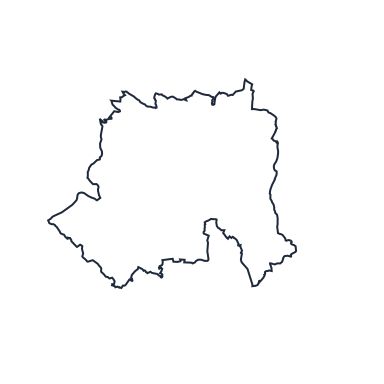 outline of Galgau, Salaj, Romania, rotated 126°
{"feature_id": "2599482B89090137886863", "entity_name": "Galgau", "entity_type": "district", "adm_level": 2, "iso_a3": "ROU", "parent_name": "Romania", "parent_adm1": "Salaj", "projection": "mercator", "projection_center": [23.697, 47.286], "detail": "fine", "context": "isolated", "style": "outline", "palette": "slate", "viewbox_px": 384, "rotation_deg": 126, "n_neighbors": 0, "source": "geoboundaries", "source_scale": "gbopen_adm2", "svg_char_len": 6060}
<svg xmlns="http://www.w3.org/2000/svg" viewBox="0 0 384 384"><g transform="rotate(126 192 192)"><path d="M302.6,273.5L301.8,270.3L302.8,268.0L302.9,266.6L302.1,266.1L301.9,265.5L302.2,265.2L302.3,265.6L302.8,265.8L303.0,265.4L301.5,264.6L300.9,263.6L301.9,261.3L302.7,260.7L304.1,252.9L303.8,252.6L300.5,251.6L300.3,251.3L300.2,249.0L302.8,247.5L305.7,243.9L308.6,242.9L309.0,241.7L309.2,238.3L309.8,235.8L309.5,235.2L305.6,232.3L305.5,231.6L305.5,226.0L306.2,224.0L306.7,221.3L307.4,220.3L309.4,219.1L310.0,218.4L310.3,215.2L311.2,211.9L310.3,210.2L310.5,208.3L310.3,207.7L308.3,206.3L308.7,204.4L309.7,202.1L312.5,200.9L312.9,201.1L313.4,202.4L314.5,201.9L313.7,199.4L313.6,198.8L314.1,198.0L312.3,196.6L312.2,194.8L311.7,194.8L311.2,192.7L308.3,192.9L307.6,191.7L306.4,191.1L299.5,191.2L299.2,188.2L298.7,188.1L297.4,189.7L297.5,190.5L297.3,190.8L294.4,191.9L289.4,191.5L286.3,190.5L284.3,191.3L283.6,186.8L284.1,184.9L283.6,184.8L283.3,184.3L283.3,183.2L283.9,182.2L283.6,181.4L283.9,180.4L281.0,178.8L281.0,176.8L278.8,172.1L279.0,169.4L278.5,168.0L279.3,167.2L279.2,166.5L278.7,166.2L277.9,166.2L276.2,167.5L276.0,169.0L276.4,170.1L274.1,170.2L271.6,171.0L271.4,173.2L271.7,173.4L273.0,173.1L273.3,173.3L272.7,174.2L271.0,174.6L268.8,173.3L267.9,173.4L266.0,174.4L264.5,175.9L257.4,168.4L259.3,166.0L257.1,162.7L255.1,160.9L254.5,160.7L253.9,161.1L253.5,161.9L251.2,158.1L253.5,156.9L249.3,150.6L249.5,149.7L249.2,149.3L247.1,148.2L245.5,148.2L243.5,147.4L242.1,145.9L241.3,144.5L240.3,141.3L238.6,139.0L237.7,138.8L236.6,139.2L230.9,144.8L224.3,148.8L223.4,149.5L222.2,151.2L217.5,152.8L218.7,158.0L218.4,158.5L217.5,159.1L215.9,159.0L213.8,160.6L212.7,161.0L211.2,162.4L210.2,162.3L209.8,163.2L209.1,163.9L207.6,163.4L205.1,161.8L202.6,160.8L201.5,158.8L200.1,156.9L199.8,156.1L200.0,155.7L202.4,154.5L204.9,151.9L205.7,149.6L205.4,148.5L205.7,145.8L203.9,143.4L206.9,142.6L207.7,139.5L208.2,138.7L208.3,136.9L208.6,136.9L208.7,135.4L205.8,135.5L206.0,133.1L204.3,132.7L204.2,132.1L204.5,131.0L204.3,130.3L204.5,127.9L205.3,126.1L205.9,125.4L206.5,123.9L207.4,123.3L207.9,123.5L208.1,123.1L207.9,122.4L206.5,121.5L207.8,120.8L210.1,117.0L212.5,116.7L212.6,116.0L212.4,115.5L218.0,112.7L219.7,110.5L221.6,101.9L231.8,88.2L232.7,87.8L230.7,85.6L228.8,84.3L227.3,84.4L226.9,84.7L225.8,84.3L225.1,85.2L224.4,85.4L224.2,85.2L224.3,84.4L223.9,84.2L219.7,83.9L217.2,84.1L216.6,84.9L215.9,84.6L215.1,84.8L214.0,85.9L212.8,85.8L211.2,84.1L210.2,83.6L209.1,81.1L206.6,83.2L204.2,86.8L203.7,86.9L201.9,82.4L199.7,81.1L197.9,78.6L195.5,78.1L192.4,79.0L192.2,79.3L190.2,79.6L189.3,79.3L187.3,77.1L186.2,74.0L185.7,74.0L184.7,75.1L183.6,75.0L179.7,73.1L178.6,73.1L175.0,76.3L175.0,78.1L175.7,80.6L175.6,81.2L175.1,82.0L173.8,81.9L173.4,82.7L173.3,83.7L174.2,85.7L176.0,87.1L176.1,87.8L174.7,89.4L173.6,93.2L173.7,94.9L174.4,96.5L174.7,98.3L169.9,102.8L168.2,103.5L163.0,107.2L160.7,109.5L160.3,110.1L160.0,112.3L159.2,113.0L157.9,115.2L156.4,116.2L154.3,118.5L153.1,121.4L152.4,122.2L151.4,124.6L147.9,127.1L147.7,128.1L144.3,129.9L139.2,131.4L133.2,132.3L133.0,132.7L128.8,133.6L127.0,134.5L125.6,135.7L125.8,137.5L125.1,139.1L123.2,140.9L121.4,141.6L117.5,141.9L114.4,142.8L110.1,145.1L108.1,146.5L106.1,148.7L103.9,150.4L101.9,151.2L101.5,151.7L101.1,152.9L102.2,152.9L101.8,154.2L102.4,156.3L101.8,157.6L101.9,158.9L94.2,159.9L94.1,160.2L92.7,160.3L92.1,160.8L90.6,160.7L89.5,162.1L89.6,162.5L89.1,162.9L89.1,163.2L88.3,163.6L88.2,164.3L86.5,165.0L86.0,165.7L83.1,166.7L82.2,168.1L81.9,170.7L82.1,174.8L82.7,176.9L81.7,178.8L83.1,182.3L85.4,184.5L88.2,190.2L89.7,192.2L83.4,196.3L80.4,197.8L77.1,200.7L74.2,201.3L74.3,202.2L74.1,202.3L74.7,204.1L71.4,205.9L69.5,206.6L70.1,212.7L69.8,213.5L69.7,215.1L72.1,214.2L78.2,210.8L80.4,211.5L85.0,215.6L89.6,216.1L90.2,217.3L93.0,219.4L92.3,221.5L92.6,222.5L93.3,224.7L94.2,226.1L95.5,226.6L95.4,227.2L95.6,227.3L95.3,228.4L101.1,228.9L105.1,227.1L107.8,225.5L108.7,225.8L108.7,226.6L109.4,226.8L109.4,227.1L108.4,228.2L106.4,228.8L106.0,229.6L103.9,229.6L102.8,230.5L102.9,231.1L103.3,231.3L103.5,231.7L103.7,235.3L105.2,237.7L106.6,240.9L108.3,247.6L108.3,248.9L109.6,249.4L110.6,249.1L111.7,249.4L112.0,249.1L113.5,249.4L114.1,248.9L115.3,249.9L117.0,250.5L120.1,252.5L121.2,250.5L121.5,251.2L121.4,252.3L121.8,253.4L123.1,254.1L124.2,255.4L124.6,256.6L126.0,258.8L125.8,260.2L126.1,263.6L127.5,265.1L130.9,266.8L130.6,267.5L130.6,269.9L131.1,272.7L130.8,273.8L132.6,276.0L132.8,277.5L133.4,279.2L134.8,279.2L137.8,278.1L138.5,277.4L138.5,276.6L139.2,275.9L139.3,275.0L142.3,273.3L142.8,272.0L144.5,270.3L145.5,270.9L145.3,271.5L146.6,273.1L147.3,275.5L149.0,278.2L149.2,279.9L148.8,281.7L149.2,282.8L149.7,286.6L148.9,288.7L149.2,289.9L149.2,292.2L148.9,295.3L149.5,300.9L149.3,302.0L149.5,302.9L149.2,303.7L149.7,304.8L150.7,305.4L151.7,307.2L152.6,305.4L153.0,303.1L155.3,304.2L156.3,304.3L157.7,305.7L159.1,304.3L161.0,303.2L165.5,310.9L165.7,310.2L166.4,309.8L168.0,307.6L168.2,305.7L168.8,303.3L168.7,300.1L168.2,299.2L168.7,297.9L169.1,297.7L170.7,298.7L172.4,302.4L179.9,302.7L179.1,301.4L179.4,300.5L180.1,300.2L181.7,302.2L184.0,303.8L184.7,305.3L185.1,305.4L185.5,304.6L185.4,303.9L184.9,303.2L186.1,302.3L186.5,302.6L187.3,303.3L188.4,305.7L188.2,306.1L187.4,306.1L187.2,308.8L186.9,309.7L190.7,305.5L191.1,303.7L191.6,303.0L199.9,299.0L201.0,298.1L202.7,296.1L206.8,294.9L210.2,292.2L211.9,289.0L213.8,287.3L215.2,286.6L216.2,286.4L218.2,286.9L219.3,285.9L220.0,285.8L222.0,287.6L226.7,288.4L229.1,289.5L232.9,289.4L235.4,288.3L236.9,288.2L240.4,285.6L242.0,284.9L242.0,284.2L243.1,280.9L243.8,277.0L243.7,276.5L241.7,273.9L241.8,272.6L242.3,271.3L243.0,270.4L245.0,269.7L246.5,268.5L249.3,265.3L250.7,262.7L254.6,264.0L254.7,264.7L254.6,266.9L255.6,270.1L256.2,273.5L256.3,278.7L257.3,281.1L259.2,282.7L260.8,283.0L262.0,282.7L264.9,281.1L266.7,280.6L272.7,281.3L284.9,285.3L293.1,289.9L294.5,290.4L296.7,290.6L299.5,291.7L301.1,289.0L300.5,286.5L299.6,285.5L299.3,283.5L299.8,282.5L299.7,281.3L300.6,278.7L301.7,275.7L302.5,274.4L302.6,273.5Z" fill="none" stroke="#1e293b" stroke-width="2"/></g></svg>